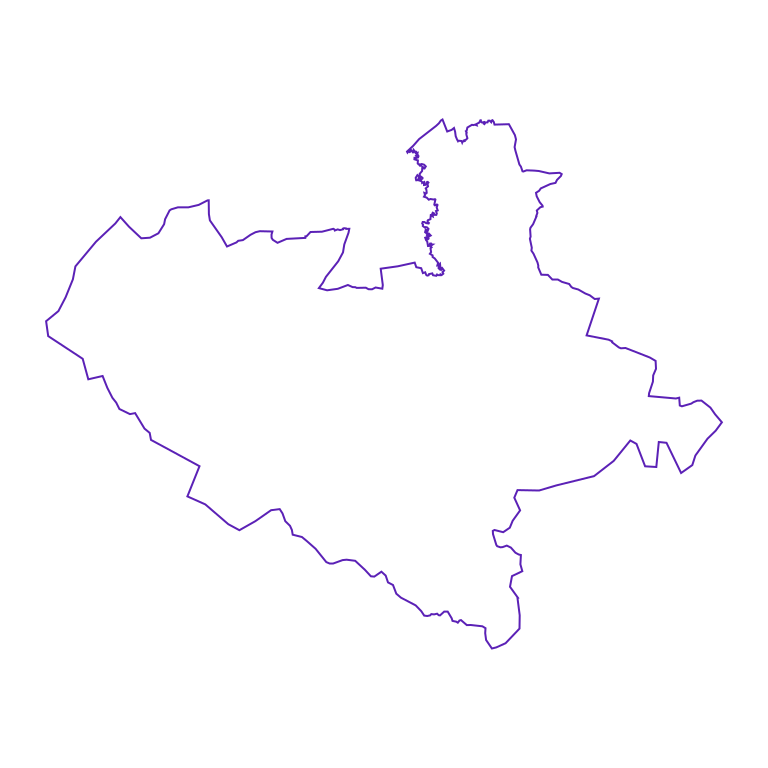 outline of Sabon Gari, Kaduna, Nigeria
{"feature_id": "59680162B7149387462115", "entity_name": "Sabon Gari", "entity_type": "district", "adm_level": 2, "iso_a3": "NGA", "parent_name": "Nigeria", "parent_adm1": "Kaduna", "projection": "mercator", "projection_center": [7.722, 11.165], "detail": "fine", "context": "isolated", "style": "outline", "palette": "violet", "viewbox_px": 768, "rotation_deg": 0, "n_neighbors": 0, "source": "geoboundaries", "source_scale": "gbopen_adm2", "svg_char_len": 6118}
<svg xmlns="http://www.w3.org/2000/svg" viewBox="0 0 768 768"><path d="M120.4,217.1L115.3,223.5L96.0,241.7L75.4,266.4L72.9,279.3L65.6,297.3L58.4,311.1L46.1,321.2L48.2,336.1L82.7,358.8L88.3,379.3L102.6,376.0L107.3,387.8L112.4,397.8L116.2,402.6L119.4,409.0L129.9,414.1L135.1,413.1L144.5,428.6L149.7,432.9L151.0,439.9L199.5,466.2L187.4,496.4L205.3,504.4L228.3,524.2L239.4,530.2L255.3,521.2L271.1,510.2L279.7,509.1L282.5,513.4L285.3,521.2L290.0,525.8L291.9,530.0L292.7,534.7L301.9,537.0L306.4,540.7L315.6,548.8L326.3,562.1L329.6,563.5L333.2,563.5L342.6,560.1L346.6,559.7L355.2,560.8L365.0,569.9L370.9,576.3L374.3,576.6L381.4,571.7L385.7,575.6L388.0,582.4L393.0,585.0L396.3,593.7L401.0,597.7L415.7,605.4L421.3,611.2L424.2,615.6L427.2,616.0L430.1,615.4L431.3,614.1L434.1,614.4L437.1,613.7L438.7,615.2L440.0,615.4L444.2,611.6L447.7,611.6L451.7,618.3L452.5,620.9L456.3,621.7L457.8,622.7L459.5,620.5L461.0,620.1L466.8,625.1L470.8,625.0L482.4,626.3L485.5,628.2L485.2,633.2L486.1,640.0L491.9,648.5L496.3,647.4L505.6,643.2L519.5,628.6L519.7,615.3L517.5,598.1L518.0,597.9L510.0,586.8L512.0,576.1L522.3,571.2L520.4,564.3L520.9,555.0L518.7,554.5L515.4,552.7L510.9,547.6L506.8,545.6L502.6,547.1L500.4,547.3L497.2,546.2L496.3,544.9L493.0,534.1L492.8,530.9L494.5,530.0L503.2,532.2L509.8,527.7L512.7,520.7L520.1,510.4L514.3,497.7L517.5,490.1L539.1,490.5L556.4,485.4L594.1,476.1L613.7,460.9L630.3,440.5L636.5,443.9L645.1,466.3L656.3,467.0L658.8,442.0L666.5,442.8L681.1,473.0L692.3,465.1L695.4,455.5L707.5,438.7L715.7,430.7L721.9,422.3L715.1,414.3L710.4,407.6L701.5,400.6L697.2,400.7L693.4,402.2L691.3,403.6L681.9,406.3L679.8,405.5L679.2,397.7L675.9,398.5L648.8,396.1L649.1,393.2L652.9,381.7L653.2,375.4L656.0,368.8L655.6,360.9L649.8,357.5L625.5,348.0L620.9,348.3L618.8,347.4L612.1,342.3L612.2,341.4L608.6,339.7L586.6,335.4L598.9,298.6L594.7,299.0L589.8,295.3L585.3,293.5L578.3,289.5L572.9,288.0L571.3,286.9L569.2,284.0L562.0,281.9L557.8,279.5L552.3,279.5L547.9,274.9L541.3,274.7L538.2,267.4L538.3,265.6L537.5,262.5L533.5,253.7L531.4,250.6L531.8,247.8L529.9,238.8L530.6,236.6L530.1,229.3L530.5,227.7L533.1,224.2L536.5,216.3L536.2,216.1L537.4,212.9L536.8,210.5L540.4,207.2L542.7,206.6L542.5,205.6L539.7,202.2L536.7,196.3L536.0,192.8L539.1,190.8L540.8,188.4L550.4,184.0L555.5,182.9L557.0,179.9L560.9,176.0L561.7,174.1L559.6,172.8L549.3,173.4L538.8,171.0L534.1,170.6L526.6,170.3L523.4,171.5L522.5,171.3L520.9,166.6L519.4,164.5L515.4,150.6L514.6,147.1L516.0,139.4L514.9,135.1L508.9,124.2L494.5,124.6L493.8,122.0L492.5,120.2L491.8,120.5L491.2,122.2L489.7,120.7L488.3,120.7L487.5,122.4L485.6,122.4L484.4,124.1L483.7,123.6L483.9,122.1L482.0,122.5L480.7,121.7L480.9,120.4L480.4,120.3L479.2,122.6L476.3,124.1L476.7,125.3L474.9,124.7L473.2,125.1L472.0,124.8L467.4,127.5L466.6,130.8L465.9,131.2L466.7,132.8L466.3,133.2L466.4,134.7L467.4,138.2L466.2,139.6L464.1,140.4L464.5,141.1L462.6,141.6L462.2,142.6L461.6,141.0L458.4,140.7L458.0,141.2L457.0,139.4L455.7,136.2L455.1,131.7L454.0,128.0L451.6,129.9L447.2,131.5L442.5,119.5L440.9,120.5L438.9,123.3L436.1,125.9L419.1,139.1L413.3,145.7L407.0,151.6L407.5,152.6L408.3,151.5L409.7,152.1L410.2,151.7L410.4,150.2L411.2,150.1L412.9,152.4L413.5,152.3L413.7,150.0L414.9,151.5L416.0,151.7L415.9,152.6L414.9,153.2L417.6,152.7L417.2,154.2L415.9,155.7L416.9,156.7L417.9,155.1L418.5,156.1L418.1,157.4L416.1,158.0L414.5,157.8L414.4,159.3L417.9,160.4L417.7,163.4L418.4,164.2L420.3,164.4L419.7,165.4L420.1,165.8L420.9,165.6L421.1,164.2L421.7,164.0L424.1,164.7L425.8,166.4L424.5,168.5L424.0,168.5L423.3,168.3L423.3,167.3L422.3,166.8L422.1,171.0L419.7,173.8L419.9,175.8L418.3,175.9L417.4,175.1L415.7,177.8L416.0,179.8L416.2,180.3L417.2,180.2L418.5,179.0L418.8,177.7L419.9,178.3L420.3,176.9L421.1,176.7L422.5,177.8L422.5,178.5L419.6,180.6L421.2,181.1L422.2,182.1L422.2,182.9L424.0,182.1L424.0,185.0L425.7,184.8L426.5,182.3L427.7,181.9L428.4,182.6L427.5,183.7L428.0,186.4L425.7,188.4L426.4,189.8L426.7,192.9L426.0,193.5L424.4,192.9L425.0,195.1L424.0,196.7L426.7,197.6L428.8,199.7L430.4,199.0L433.4,199.5L435.0,199.2L435.4,199.5L434.3,204.7L435.0,205.4L436.9,204.5L437.5,205.0L436.7,207.5L437.7,210.4L436.0,211.0L436.8,213.5L436.3,214.9L433.6,214.9L434.0,213.4L432.8,212.7L432.3,213.5L432.8,216.4L431.6,215.7L431.9,214.9L430.8,215.0L430.4,219.2L427.9,220.2L427.5,221.0L427.7,221.9L428.9,223.0L428.6,223.5L426.1,223.1L424.3,222.0L422.7,222.0L422.2,223.5L423.0,224.5L422.8,226.0L425.1,227.7L425.6,227.1L426.9,227.3L428.5,228.9L427.4,231.5L426.8,231.2L426.4,229.9L425.7,229.8L425.1,232.2L427.3,233.9L428.8,233.5L430.7,235.5L429.2,236.3L428.0,235.8L427.6,234.6L426.9,235.2L428.4,237.8L428.6,238.6L428.0,239.2L426.8,238.9L426.9,237.7L426.4,237.3L425.2,237.7L426.1,240.2L427.2,241.4L428.0,246.0L429.6,245.9L430.4,244.5L429.8,244.1L430.1,243.5L431.1,243.5L431.6,244.4L432.7,244.5L431.4,245.4L430.9,246.9L431.5,247.4L430.5,248.3L431.1,252.1L429.9,253.8L432.6,255.4L432.6,257.0L434.7,258.4L438.1,262.8L437.3,265.6L438.3,265.6L440.0,263.8L440.3,266.6L438.8,267.3L438.5,268.0L439.8,269.5L441.1,269.9L441.5,269.4L441.0,268.2L442.0,267.8L444.1,270.6L442.5,272.1L443.3,273.7L441.8,274.9L440.7,274.4L440.7,275.2L437.4,275.1L437.0,274.6L436.2,275.8L433.0,275.2L432.3,273.4L429.0,274.1L428.6,275.3L427.2,275.6L426.2,274.9L425.2,272.3L422.9,273.1L421.2,268.2L416.3,267.2L414.7,262.6L397.8,266.3L380.7,268.7L382.8,285.1L382.3,288.7L375.6,287.5L372.0,289.3L368.5,289.2L365.8,287.7L356.7,287.9L355.3,287.2L352.6,287.1L347.9,285.0L337.8,288.8L327.1,290.3L318.9,288.1L322.9,282.7L325.9,276.9L338.2,261.3L343.0,252.4L344.3,244.4L348.5,232.8L349.3,228.8L346.2,228.9L346.0,228.4L344.0,228.2L343.0,228.6L343.0,229.3L340.0,230.1L337.7,229.4L334.8,230.5L334.4,229.4L333.3,228.8L322.0,231.7L310.5,232.0L306.5,236.3L305.4,236.3L305.3,237.9L286.6,238.9L277.5,242.8L272.8,239.8L271.6,237.9L271.5,234.6L272.4,231.5L259.8,231.2L255.5,232.2L250.5,234.8L242.9,240.1L238.2,240.8L236.5,242.4L227.0,246.5L221.7,237.2L209.9,220.4L208.9,214.1L208.7,200.3L207.5,200.4L198.7,204.9L188.5,207.3L178.0,207.3L171.3,209.3L169.6,210.4L165.1,219.2L164.1,224.2L158.4,233.3L150.0,237.7L141.3,238.3L129.0,226.7L120.4,217.1Z" fill="none" stroke="#5b21b6" stroke-width="2"/></svg>